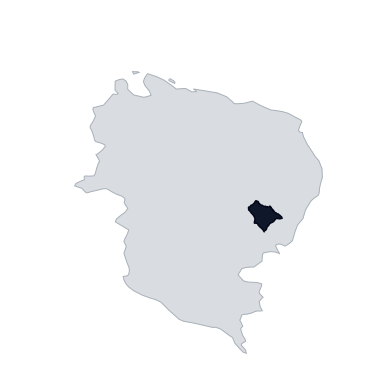 Kuleaen, Preah Vihéar, Cambodia shown in context, rotated 120°
{"feature_id": "14789045B31291956543174", "entity_name": "Kuleaen", "entity_type": "district", "adm_level": 2, "iso_a3": "KHM", "parent_name": "Cambodia", "parent_adm1": "Preah Vihéar", "projection": "equal_earth", "projection_center": [104.523, 13.796], "detail": "fine", "context": "in_parent", "style": "filled", "palette": "ink", "viewbox_px": 384, "rotation_deg": 120, "n_neighbors": 0, "source": "geoboundaries", "source_scale": "gbopen_adm2", "svg_char_len": 6539}
<svg xmlns="http://www.w3.org/2000/svg" viewBox="0 0 384 384"><g transform="rotate(120 192 192)"><path d="M304.5,64.3L305.2,67.5L303.4,73.7L301.5,79.3L297.8,84.2L297.6,87.8L296.4,98.5L296.9,102.0L297.8,104.9L299.0,106.5L302.2,117.0L305.2,126.6L308.1,134.4L308.7,139.4L306.1,152.0L303.0,163.6L303.3,169.4L304.7,175.2L306.1,182.9L306.7,192.8L305.9,199.2L304.6,203.2L301.9,207.3L299.6,209.4L296.8,206.0L294.5,205.8L291.6,206.8L289.2,208.5L284.4,214.5L279.1,220.3L271.8,221.8L269.0,226.2L265.9,226.8L260.1,227.0L256.3,228.0L256.5,230.2L256.2,240.5L256.3,243.0L255.7,243.6L253.1,243.9L248.6,242.3L242.6,239.8L238.3,239.4L236.1,243.9L234.8,245.6L233.1,245.9L231.4,246.7L230.9,248.7L230.7,251.2L231.6,255.5L231.9,262.4L231.7,267.0L233.2,270.0L242.5,279.9L245.2,282.4L245.5,283.8L243.9,289.2L245.4,296.8L242.5,296.7L237.7,293.4L235.3,291.4L232.6,293.0L231.6,292.7L229.7,289.0L227.2,285.2L224.7,284.9L219.3,286.4L213.8,287.5L211.7,287.5L210.9,288.2L207.7,293.8L206.3,292.9L200.8,290.7L195.8,289.9L194.7,291.3L195.3,296.0L196.5,300.5L195.8,302.4L193.0,304.8L189.4,309.0L187.1,312.4L185.6,313.2L180.0,313.0L174.4,313.5L172.2,316.6L170.1,319.1L168.3,319.7L161.0,312.0L146.6,309.3L145.0,305.8L143.6,305.2L142.3,309.6L134.4,313.9L131.1,311.3L128.6,308.2L129.0,304.4L131.3,301.2L135.2,299.0L137.1,291.1L134.1,281.1L131.4,278.2L128.7,275.8L125.8,279.6L123.3,286.0L120.7,289.3L117.1,290.0L111.8,289.7L109.8,280.2L109.1,272.0L109.9,262.6L110.7,257.1L105.6,249.5L105.3,242.2L102.9,238.4L102.1,240.3L102.2,242.4L101.5,240.9L93.5,219.6L92.2,209.7L93.6,202.1L94.4,199.6L92.1,195.6L88.9,191.0L83.1,185.1L82.8,175.6L81.5,164.5L79.8,160.8L77.2,154.0L75.8,148.3L75.3,133.4L76.1,132.1L80.1,131.7L85.4,130.6L86.2,128.2L85.3,126.2L88.6,122.8L93.4,115.4L97.2,107.7L99.8,102.8L101.4,97.9L106.8,91.1L114.3,86.3L119.3,85.2L124.5,83.6L129.6,81.3L131.9,81.1L138.2,83.9L141.5,84.6L145.1,84.5L148.7,84.8L151.9,84.5L159.6,82.6L167.7,84.1L174.9,82.9L183.9,80.7L188.3,82.1L192.3,84.3L192.8,88.9L193.8,91.0L195.1,92.6L196.9,92.6L199.2,89.4L201.1,86.1L201.7,85.5L201.8,87.1L202.7,90.7L204.4,94.2L206.2,96.5L209.1,99.6L210.9,99.7L217.0,96.8L226.2,101.0L227.3,103.1L230.3,107.4L233.5,110.5L240.7,110.7L243.2,103.1L242.0,98.5L237.9,90.5L236.7,85.7L238.0,84.9L244.9,84.0L246.1,83.0L247.6,77.8L249.5,78.4L253.3,79.1L257.3,75.5L259.7,71.8L261.0,73.5L262.5,76.1L264.0,77.6L267.0,79.9L270.2,83.1L272.2,86.2L273.8,87.4L277.9,86.5L279.0,86.6L281.4,82.9L283.0,80.8L284.5,81.4L286.5,81.3L290.8,76.5L293.2,72.1L294.6,70.9L298.4,73.1L300.0,72.7L302.1,66.6L304.5,64.3ZM107.1,267.6L106.3,268.1L105.5,268.1L104.8,267.3L104.9,263.8L105.4,261.7L106.7,261.3L107.1,267.6ZM119.1,301.4L117.5,303.7L114.9,298.9L114.9,297.6L119.1,301.4Z" fill="#d9dde1" stroke="#a8b0b8" stroke-width="1"/><path d="M169.6,100.9L169.5,101.1L169.5,101.3L169.3,101.5L169.1,101.6L168.9,101.7L168.9,101.9L168.8,102.1L168.7,102.4L168.7,102.5L168.6,102.8L168.6,103.0L168.5,103.3L168.5,103.6L168.4,103.8L168.4,104.0L168.5,104.1L168.5,104.3L168.4,104.5L168.2,104.6L168.3,105.1L168.2,105.4L168.1,105.6L167.9,106.3L168.0,106.6L168.2,106.9L168.2,107.0L168.3,107.4L168.4,107.7L168.4,107.8L168.3,108.0L168.3,108.3L168.2,108.5L168.0,108.8L168.1,109.0L168.1,109.4L168.1,109.5L168.3,109.7L168.3,109.8L168.2,110.4L168.2,110.7L168.1,110.8L167.7,111.2L167.6,111.3L167.5,111.5L167.5,111.8L167.9,112.2L167.9,112.3L168.0,112.4L167.9,112.5L167.6,112.5L167.3,112.4L167.2,112.4L167.1,112.6L167.0,112.8L166.9,113.1L166.8,113.4L166.7,113.8L166.9,114.0L167.0,114.1L166.9,114.2L166.7,114.4L166.7,114.5L166.5,114.8L166.4,114.8L166.3,115.0L166.4,115.3L166.3,115.6L166.2,115.7L165.8,115.6L165.7,115.7L165.7,115.8L165.8,116.0L165.7,116.4L165.7,116.5L165.4,116.9L165.3,117.0L165.4,117.4L165.4,117.5L165.5,117.5L165.8,117.5L166.0,117.4L166.3,117.3L166.5,117.5L166.6,117.8L166.7,118.1L166.8,118.2L166.8,118.4L166.8,118.7L166.9,119.1L167.0,119.3L167.3,119.5L167.5,119.6L167.7,119.8L167.8,119.8L167.8,120.0L167.7,120.4L167.7,120.5L167.5,120.8L167.6,121.0L167.7,121.4L167.8,121.6L168.1,121.8L168.2,122.0L168.4,122.6L168.4,123.0L168.5,123.4L168.5,123.7L168.5,123.8L168.5,124.2L168.4,124.4L168.4,124.6L168.4,124.8L168.4,125.0L168.5,125.2L168.6,125.4L168.9,125.6L168.9,126.6L168.8,126.8L168.7,126.9L168.5,127.3L168.5,127.5L168.4,127.5L168.4,127.8L168.3,128.0L168.3,128.4L168.2,128.6L168.2,128.8L168.3,128.8L168.2,128.9L168.3,128.9L168.2,128.9L168.2,129.0L167.9,129.2L167.8,129.3L167.6,129.3L167.5,129.5L167.4,129.6L167.3,129.8L167.3,130.2L167.2,130.3L167.3,130.6L167.4,130.8L167.5,131.0L167.4,131.0L167.5,131.4L167.7,131.6L167.6,131.8L167.5,132.0L167.6,132.3L168.7,132.5L169.3,132.5L169.7,132.6L170.5,132.6L170.9,132.7L171.2,132.7L171.5,132.9L172.0,133.0L172.4,133.0L172.5,133.0L172.8,133.0L173.0,133.1L173.2,133.3L173.2,133.5L173.4,133.7L173.5,133.8L173.6,134.0L173.9,134.2L174.0,134.2L174.3,134.3L174.5,134.4L174.9,134.4L175.6,134.3L175.9,134.3L176.0,134.6L176.2,134.8L176.3,134.8L176.5,135.0L176.7,135.3L176.8,135.4L177.0,135.4L177.1,135.2L177.3,135.1L177.5,135.0L177.8,134.9L178.0,134.8L178.0,134.7L178.3,134.6L178.4,134.4L178.5,134.4L178.7,134.2L178.8,134.1L179.0,134.0L179.0,133.9L179.2,133.7L179.3,133.7L179.3,133.4L179.3,133.1L179.4,132.8L179.5,132.4L179.6,132.2L179.8,131.8L179.9,131.6L180.3,130.6L180.4,130.4L180.5,130.1L180.7,129.8L180.8,129.3L180.9,128.8L180.9,128.6L181.0,128.4L181.4,127.4L181.7,126.8L181.8,126.5L182.0,126.0L182.1,125.9L182.3,125.8L182.4,125.7L182.5,125.4L182.8,125.0L183.2,124.5L183.6,124.2L184.2,123.8L184.7,123.6L185.2,123.5L185.3,123.5L185.7,123.3L186.2,123.1L186.4,123.1L186.6,123.0L187.3,122.7L187.7,122.4L187.5,121.9L187.3,121.7L187.2,121.4L187.1,121.1L187.0,120.8L186.9,120.5L186.7,120.2L186.6,119.9L186.6,119.7L186.8,119.3L187.3,118.5L187.5,118.1L187.7,117.7L188.1,116.4L188.2,116.0L188.4,115.3L188.5,114.8L188.6,114.2L188.7,113.4L188.9,112.8L189.3,111.6L189.4,111.4L189.6,111.0L190.0,110.4L190.0,110.2L190.2,109.8L189.7,109.8L189.4,109.7L189.1,109.6L188.9,109.5L188.4,109.2L187.8,109.0L187.3,109.0L186.8,109.0L186.4,109.1L186.1,109.2L185.8,109.2L185.6,109.3L185.1,109.4L185.0,109.5L184.7,109.5L184.5,109.4L184.2,109.4L183.4,109.1L182.8,108.9L182.7,108.9L182.4,108.9L181.6,108.9L181.4,108.9L181.2,108.9L180.9,108.9L180.2,108.7L179.8,108.5L179.2,108.1L178.8,107.8L178.1,107.3L177.2,106.8L176.9,106.7L176.4,106.5L176.1,106.5L175.9,106.4L174.1,106.2L173.7,106.1L173.1,106.0L172.8,105.7L172.5,105.1L172.3,104.8L172.1,104.5L171.8,103.7L171.6,103.2L171.5,102.9L171.4,102.8L171.4,102.7L171.0,102.2L170.7,101.8L170.6,101.7L170.2,101.4L170.0,101.2L169.8,101.0L169.6,100.9Z" fill="#0f172a" stroke="#020617" stroke-width="1.5"/></g></svg>